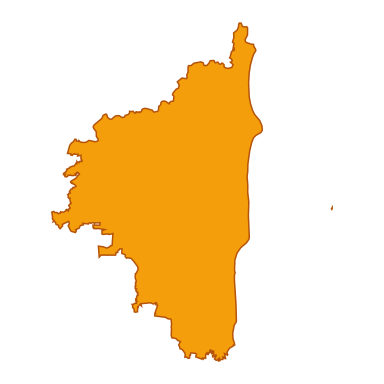 the district of Lampung Timur, Lampung, Indonesia
{"feature_id": "22746128B49036162018248", "entity_name": "Lampung Timur", "entity_type": "district", "adm_level": 2, "iso_a3": "IDN", "parent_name": "Indonesia", "parent_adm1": "Lampung", "projection": "orthographic", "projection_center": [105.589, -5.121], "detail": "fine", "context": "isolated", "style": "filled", "palette": "amber", "viewbox_px": 384, "rotation_deg": 0, "n_neighbors": 0, "source": "geoboundaries", "source_scale": "gbopen_adm2", "svg_char_len": 5889}
<svg xmlns="http://www.w3.org/2000/svg" viewBox="0 0 384 384"><path d="M51.8,212.1L52.6,217.4L52.3,218.4L53.0,219.9L53.9,220.1L53.2,221.7L53.8,221.4L55.5,222.2L56.0,224.4L58.4,225.2L58.8,227.2L60.1,228.7L62.6,226.0L62.3,224.4L68.6,221.4L69.4,223.8L68.2,225.7L70.6,230.7L71.5,231.4L75.5,232.5L76.3,230.9L75.6,229.6L79.0,228.3L80.4,225.5L83.4,224.9L82.8,223.3L88.3,224.0L88.3,223.4L89.5,222.9L91.0,223.3L92.3,222.6L94.2,222.9L94.5,223.5L94.8,222.9L100.2,222.8L99.9,225.2L93.0,225.0L93.1,227.6L93.8,227.6L93.8,228.5L94.4,228.6L96.7,228.8L97.3,228.4L104.9,229.6L101.9,230.8L102.0,234.1L103.0,234.4L107.8,233.9L108.4,234.4L108.8,234.1L109.9,234.4L112.9,233.5L112.1,245.4L110.5,245.7L109.8,246.7L106.7,248.1L103.6,246.9L98.4,246.1L99.2,257.1L101.0,255.1L115.6,255.1L115.9,252.6L116.6,252.8L117.8,252.2L117.5,251.4L118.1,250.4L119.5,249.7L119.7,248.8L122.0,248.9L121.8,253.4L125.2,254.7L125.2,256.4L126.4,258.1L128.3,257.8L131.1,258.4L133.7,261.2L137.4,266.3L138.2,269.1L136.2,273.3L135.4,273.6L135.2,277.9L136.3,281.2L136.1,282.2L135.5,282.3L135.7,286.2L135.2,286.1L135.2,288.5L136.6,289.0L135.8,290.0L136.2,291.3L137.3,291.8L137.2,292.5L137.7,292.3L138.0,295.2L137.4,295.1L136.6,296.6L136.7,297.9L135.7,298.9L136.5,299.6L135.7,300.4L135.8,301.0L136.8,301.3L136.3,301.6L136.4,303.3L134.9,303.3L133.2,304.4L132.1,304.4L132.6,305.2L132.7,307.5L134.2,309.4L134.2,311.8L135.5,312.2L137.5,311.8L137.7,307.4L138.2,307.4L138.1,306.4L139.9,304.5L141.4,305.9L140.9,303.7L150.4,302.8L153.4,304.0L156.1,302.6L156.8,303.6L155.8,304.7L157.4,305.1L157.5,305.7L155.1,312.7L155.5,313.3L154.9,313.4L154.7,315.9L165.4,317.3L168.2,318.9L170.5,319.0L171.1,319.5L171.6,324.3L171.2,326.7L171.5,329.0L171.2,335.5L172.0,337.9L171.6,338.2L173.2,337.8L175.4,338.5L176.6,339.0L177.4,340.3L180.4,341.5L178.7,345.0L179.9,347.6L179.9,348.6L182.4,349.6L184.9,353.2L185.2,355.3L184.8,357.1L186.9,357.2L188.0,358.3L189.5,358.1L189.8,355.2L190.4,355.3L190.8,352.9L195.3,353.3L196.5,354.1L195.7,356.9L201.8,359.1L202.4,358.0L203.1,358.3L203.3,359.1L204.4,357.9L205.6,358.3L205.7,354.1L206.6,353.9L207.1,352.7L207.9,352.4L208.1,352.9L207.2,354.3L208.2,354.5L209.0,353.0L210.0,352.3L209.9,350.3L210.6,349.9L211.4,350.9L211.4,353.2L211.9,353.8L212.4,353.5L212.5,351.2L213.0,350.8L213.6,351.2L213.6,354.6L212.5,355.8L212.7,356.9L213.7,356.8L215.5,355.0L216.1,355.1L215.9,356.7L214.4,358.9L216.0,360.2L216.8,360.3L219.3,358.1L219.6,359.2L218.3,360.6L218.5,361.0L219.6,360.8L221.1,359.3L222.7,359.5L223.3,358.5L222.9,356.9L223.7,357.1L224.9,358.6L225.6,358.6L224.5,353.6L227.4,355.2L227.7,354.3L226.9,352.6L228.1,350.2L229.7,348.1L233.5,345.8L233.4,345.1L234.6,345.1L234.7,344.3L233.0,338.7L232.7,333.4L234.2,325.2L236.0,322.4L236.4,320.9L236.0,304.7L234.4,279.6L234.5,274.7L235.2,272.7L234.5,270.7L234.9,260.0L237.0,253.1L240.8,247.6L246.4,242.9L248.9,239.3L249.3,237.5L248.4,215.6L248.8,202.0L247.7,192.2L247.8,185.6L247.1,176.1L247.7,172.2L247.9,164.1L249.7,150.8L251.7,142.4L253.6,137.7L255.9,135.4L261.0,132.4L262.3,130.1L262.0,126.0L259.7,120.5L254.7,114.6L252.5,110.3L250.4,103.3L249.2,96.9L248.6,82.7L249.2,72.9L250.2,66.0L252.2,58.2L253.9,53.7L255.7,50.9L255.8,49.7L253.9,46.4L253.5,44.3L251.0,44.1L246.4,42.5L245.3,41.4L245.2,39.5L247.5,35.0L247.6,28.0L247.0,26.9L243.1,26.8L242.2,25.9L241.2,23.2L239.5,23.0L238.8,23.7L238.4,27.1L237.3,29.9L233.6,33.0L233.9,37.4L232.5,42.3L234.0,43.4L233.0,48.9L234.0,48.1L234.4,49.7L233.9,50.5L232.3,50.9L231.4,52.0L230.3,56.6L229.6,57.9L231.0,58.6L232.2,60.5L232.0,61.3L230.4,62.2L233.1,64.6L231.8,67.4L228.1,68.4L225.7,68.0L224.1,66.9L224.1,64.9L222.6,63.2L221.6,63.2L220.6,64.3L219.1,63.9L217.8,62.1L215.3,62.8L214.6,62.2L214.3,60.8L213.5,60.5L210.2,60.7L208.9,63.3L206.8,65.5L204.0,65.5L203.2,62.8L200.9,61.9L193.9,63.2L191.1,65.6L188.6,65.6L188.1,66.8L188.0,72.1L186.8,75.0L187.1,77.8L186.0,78.7L182.0,78.0L177.3,81.8L178.9,84.4L179.1,85.7L178.4,88.2L176.3,89.1L173.2,92.7L172.5,94.8L173.9,96.2L173.4,101.1L170.8,101.5L169.6,102.6L169.2,103.8L165.7,101.4L164.1,101.0L162.4,101.3L161.1,102.3L160.6,104.9L158.8,106.3L158.4,110.5L157.6,111.4L153.7,112.1L152.4,110.2L145.5,108.3L143.0,108.8L141.8,109.9L141.3,111.7L140.7,111.9L138.9,112.0L139.1,112.4L136.1,111.8L135.6,112.6L136.4,113.2L134.5,112.9L133.0,111.2L132.1,111.6L129.6,111.3L129.6,112.9L128.2,114.5L125.1,115.5L124.5,117.1L122.1,117.5L119.2,115.7L117.0,115.7L115.2,116.1L111.6,119.2L110.2,119.2L108.4,118.2L107.4,116.9L106.6,114.3L105.6,114.1L103.1,115.4L101.9,118.4L94.2,124.8L93.4,126.2L93.2,127.2L93.9,128.7L96.2,131.7L96.4,136.6L98.2,139.2L98.2,140.5L96.9,141.4L95.0,141.7L88.9,140.4L86.4,142.1L84.4,142.5L80.5,142.2L78.7,140.4L78.1,141.3L76.4,141.1L76.2,139.4L75.0,139.2L73.2,141.9L71.1,143.3L69.6,145.8L67.5,153.5L70.8,153.7L70.9,155.1L72.3,155.4L73.1,154.3L74.5,153.7L74.7,154.2L78.0,154.3L77.6,156.0L81.0,155.3L80.9,158.8L82.1,160.3L81.9,161.0L81.5,160.7L81.4,161.6L80.6,161.2L79.4,161.6L79.1,162.6L77.9,162.0L77.4,162.3L77.0,161.8L77.1,162.6L76.4,162.8L76.7,163.6L76.1,163.4L74.0,166.1L73.1,166.0L69.5,167.4L69.4,168.1L66.6,169.3L66.9,170.2L66.0,171.7L63.8,173.2L63.4,174.6L64.7,175.1L65.2,174.7L64.8,176.1L65.1,176.7L66.5,176.9L67.6,176.4L68.2,175.2L70.0,175.4L70.3,175.0L71.8,175.6L75.4,175.4L75.5,174.8L76.0,174.8L75.7,174.6L76.1,173.9L75.7,173.7L76.8,173.4L76.7,172.7L77.3,172.9L77.8,172.3L79.5,174.0L77.2,176.4L76.3,178.0L71.1,181.1L70.6,182.0L71.0,182.7L72.2,182.9L71.9,183.4L74.5,184.5L76.0,186.2L74.4,187.6L73.1,187.3L72.1,189.1L71.2,189.0L69.5,191.4L70.1,192.0L70.3,193.2L68.9,193.2L68.3,194.5L67.7,194.7L68.3,195.5L68.1,197.4L69.1,198.5L70.1,198.2L69.9,199.7L70.5,202.5L71.1,202.8L70.8,203.9L70.0,204.0L68.7,205.5L70.2,208.1L68.3,209.3L68.6,210.1L68.1,211.0L66.6,209.5L66.0,209.8L65.9,210.7L63.6,212.2L60.6,211.8L60.4,213.1L59.4,213.1L58.4,213.8L57.0,212.5L54.9,212.6L53.8,211.4L51.8,212.1ZM331.8,209.4L332.2,208.4L332.2,207.5L331.4,208.8L331.8,209.4Z" fill="#f59e0b" stroke="#b45309" stroke-width="1.5"/></svg>